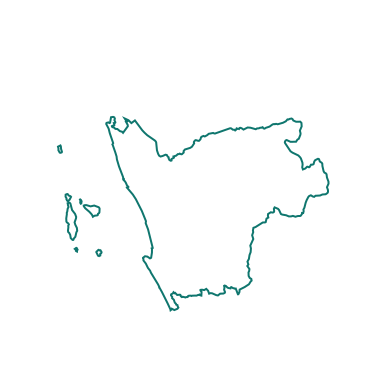 outline of Suk Samran, Ranong, Thailand, rotated 327°
{"feature_id": "78962969B98614322504757", "entity_name": "Suk Samran", "entity_type": "district", "adm_level": 2, "iso_a3": "THA", "parent_name": "Thailand", "parent_adm1": "Ranong", "projection": "robinson", "projection_center": [98.475, 9.438], "detail": "fine", "context": "isolated", "style": "outline", "palette": "teal", "viewbox_px": 384, "rotation_deg": 327, "n_neighbors": 0, "source": "geoboundaries", "source_scale": "gbopen_adm2", "svg_char_len": 6020}
<svg xmlns="http://www.w3.org/2000/svg" viewBox="0 0 384 384"><g transform="rotate(327 192 192)"><path d="M302.9,266.7L305.1,266.6L306.1,266.0L307.1,264.4L307.8,261.5L311.0,259.4L312.1,257.6L313.1,253.3L314.5,250.4L314.4,249.2L313.6,247.8L313.7,246.2L315.5,241.3L316.7,239.2L316.7,238.1L315.8,236.0L316.4,233.7L316.1,233.1L315.6,232.7L312.6,232.4L311.2,233.0L309.2,234.8L308.2,234.8L306.7,233.9L304.2,235.1L303.6,235.0L302.8,233.8L302.2,233.5L299.8,234.0L297.3,233.5L297.9,231.3L299.6,229.4L300.6,227.5L301.6,223.2L301.6,221.9L301.1,219.3L297.7,213.7L296.8,211.5L296.7,201.7L296.9,200.9L297.5,200.3L298.6,199.8L299.7,200.0L301.9,203.5L306.6,206.5L308.9,205.5L310.6,205.5L314.1,203.0L315.0,201.9L315.9,199.3L319.7,196.7L321.4,193.7L321.1,192.0L317.6,189.8L317.1,189.1L315.9,187.2L316.0,185.6L315.5,184.6L313.5,183.8L312.4,183.8L311.6,183.1L309.2,183.8L306.1,183.5L300.8,181.9L299.6,180.6L298.4,180.3L297.9,179.7L296.4,179.2L292.7,179.4L288.9,178.4L287.4,178.4L286.6,177.6L286.5,176.1L285.0,175.8L284.2,175.2L282.7,175.0L281.2,174.1L279.7,174.1L276.0,169.9L273.8,168.2L269.2,167.7L268.3,165.5L267.4,164.4L267.0,164.3L265.7,164.8L265.1,163.9L264.4,163.8L264.0,163.0L262.4,163.9L261.7,163.9L261.4,162.8L260.2,162.0L259.5,160.0L258.7,159.3L243.2,155.5L242.6,155.1L241.9,154.0L237.7,152.3L235.7,152.6L233.0,152.4L232.1,151.2L230.1,150.9L229.3,151.1L227.8,152.4L225.9,152.9L225.1,152.5L223.5,150.6L223.0,150.4L221.3,150.8L220.7,151.2L220.3,152.4L216.6,154.0L214.5,154.0L209.2,152.5L207.3,153.1L206.5,154.4L204.2,154.8L203.5,154.5L202.6,153.1L201.6,153.1L200.7,152.5L198.6,152.9L196.5,152.3L196.2,152.7L195.7,152.3L195.2,153.4L192.8,153.2L192.3,153.7L192.0,154.4L191.3,154.3L190.5,153.0L190.7,151.1L191.3,150.2L190.9,149.0L191.0,147.2L190.1,146.3L187.0,145.8L184.9,145.1L184.2,143.6L184.4,141.5L185.3,138.0L189.0,130.8L189.1,129.8L188.9,128.6L185.4,120.0L184.5,116.5L183.9,113.2L183.1,100.9L178.7,101.2L177.8,97.2L175.6,93.7L175.6,97.0L175.8,97.6L175.3,97.7L175.1,96.9L174.9,96.9L174.6,100.8L174.0,101.9L166.4,104.8L166.2,103.4L164.7,101.7L163.7,98.5L162.2,97.4L161.8,96.4L161.9,95.6L160.6,94.3L160.5,93.5L160.7,93.1L163.3,93.6L163.6,93.1L164.0,91.6L165.3,92.1L165.7,91.8L166.1,89.4L167.2,88.6L167.5,87.1L166.7,86.0L164.8,85.2L161.0,89.3L160.3,89.2L159.8,88.1L158.0,87.5L157.6,87.7L157.1,88.3L156.6,93.5L155.1,97.8L152.5,108.1L151.1,108.8L151.1,109.5L149.3,116.8L148.1,121.1L146.8,123.7L144.7,130.8L142.4,141.6L141.7,143.5L142.0,144.0L141.8,144.3L141.2,144.0L141.1,144.4L141.6,146.7L141.5,148.5L141.1,150.8L141.2,152.2L140.7,152.8L142.2,152.9L140.6,153.3L139.9,152.8L140.0,152.1L139.8,152.4L141.0,161.9L141.0,167.4L139.6,180.7L137.5,191.4L136.2,192.9L134.8,199.4L128.6,217.5L127.5,217.3L127.4,218.0L125.4,221.0L121.9,224.9L120.6,224.8L119.4,221.9L117.6,220.3L115.1,220.5L114.8,221.0L114.9,221.5L114.0,223.0L114.3,226.9L113.7,231.6L114.0,235.2L113.6,237.3L113.2,251.1L112.8,254.1L112.4,254.4L112.6,255.2L112.3,259.6L110.9,272.1L110.0,278.5L109.6,279.5L110.8,279.4L111.5,278.9L112.9,281.4L116.2,282.0L117.6,281.5L117.7,280.2L118.2,278.9L117.4,277.9L117.7,276.9L117.3,275.5L118.1,272.4L117.5,270.3L118.3,269.1L118.1,267.3L118.7,266.5L120.8,266.6L121.9,266.0L122.2,267.4L122.9,267.4L123.5,270.3L125.9,271.5L126.2,271.9L125.8,273.4L126.4,273.9L126.3,274.6L127.6,275.2L129.1,276.9L130.0,277.0L130.9,277.6L131.5,277.6L132.2,277.1L132.9,277.3L134.6,278.3L134.9,278.9L135.8,279.1L139.5,281.4L141.3,281.7L141.8,282.3L142.6,282.2L143.0,283.6L143.4,284.0L145.6,281.0L145.4,279.3L145.6,278.8L146.1,278.8L147.2,279.4L148.8,280.9L151.2,281.0L151.7,283.6L151.0,286.6L152.4,286.9L153.7,287.9L156.1,291.6L157.4,292.9L160.2,292.6L163.1,294.3L164.6,294.4L165.2,293.9L165.7,291.4L167.1,290.0L167.8,288.2L168.4,288.2L169.2,289.2L169.7,291.5L170.3,292.4L171.8,293.8L172.8,293.1L173.2,293.2L174.2,295.2L174.9,295.7L175.3,296.5L176.1,296.8L174.8,302.8L175.2,303.0L177.2,301.8L178.8,299.8L184.4,300.4L189.5,300.4L192.5,299.0L193.7,298.8L194.4,297.2L193.6,295.5L193.8,293.2L195.6,290.2L196.9,289.4L198.2,287.9L198.1,284.2L199.8,283.5L200.6,280.6L203.3,279.1L205.9,276.2L208.4,274.4L210.7,271.4L211.7,268.7L217.8,264.8L218.9,261.0L221.5,259.0L222.1,257.5L224.0,255.5L226.2,256.0L234.7,256.1L236.7,257.3L237.4,257.4L240.0,254.9L242.1,255.0L242.7,253.3L243.8,251.9L247.0,251.9L248.6,253.3L249.7,253.4L250.5,252.8L251.5,250.7L252.9,249.9L255.0,253.0L255.2,254.6L254.6,258.8L255.3,260.0L258.3,262.8L260.0,265.3L261.8,266.4L263.6,267.0L265.3,269.1L267.5,269.7L269.6,271.0L270.3,271.1L272.3,270.3L272.9,269.5L273.8,270.2L275.2,268.9L275.9,267.4L277.7,266.4L281.6,262.8L283.7,261.3L286.9,259.5L288.1,259.2L289.9,259.5L290.9,261.6L291.8,262.6L293.5,262.4L297.5,264.7L300.0,265.1L302.9,266.7ZM66.4,167.5L67.8,166.6L69.8,166.0L73.1,162.8L74.6,162.0L75.9,159.4L76.3,155.9L77.0,153.5L80.4,150.9L81.3,149.8L82.0,146.7L81.6,141.8L83.7,135.5L83.5,134.3L83.0,133.8L81.6,133.7L81.6,134.3L80.9,135.1L80.3,137.3L78.6,138.3L76.8,140.4L75.6,141.3L75.0,142.4L72.2,145.6L70.6,148.3L70.5,149.2L71.1,150.9L71.1,152.1L69.7,153.0L69.3,154.0L66.9,156.9L66.4,158.1L66.7,159.5L66.5,161.6L65.2,164.6L65.7,167.1L66.4,167.5ZM103.3,158.6L105.4,155.7L105.6,154.6L105.4,153.9L102.6,150.1L99.1,148.8L96.3,145.5L95.1,144.7L93.8,144.4L93.5,145.0L93.6,147.5L95.1,152.6L95.6,155.5L95.7,157.0L95.4,158.8L97.3,158.8L99.8,160.0L100.4,160.0L101.3,159.1L102.7,159.0L103.3,158.6ZM82.9,132.0L85.1,131.8L87.9,130.2L87.8,129.4L86.6,127.7L86.6,126.1L86.2,125.7L84.6,125.4L83.4,127.1L83.3,129.0L82.7,129.8L82.6,131.3L82.9,132.0ZM82.3,189.7L81.5,189.6L80.6,189.9L79.4,190.0L79.0,190.3L78.5,194.2L79.1,195.1L79.9,194.9L79.9,195.2L80.5,195.3L81.5,193.8L82.5,193.9L83.4,193.2L83.5,191.0L82.7,190.7L82.3,189.7ZM107.0,81.3L104.3,81.0L103.6,83.0L102.7,84.2L102.5,86.9L103.2,87.6L104.4,87.8L104.9,87.3L105.6,84.7L106.9,82.2L107.0,81.3ZM64.5,175.8L62.7,175.9L63.2,177.7L62.6,178.1L62.6,178.5L63.1,179.3L63.8,178.4L64.6,178.1L64.8,176.2L64.5,175.8ZM92.9,141.3L94.4,139.6L94.2,139.1L94.5,138.2L94.2,137.3L93.9,137.3L93.7,138.5L92.4,140.1L92.3,141.2L92.9,141.3Z" fill="none" stroke="#0f766e" stroke-width="2"/></g></svg>